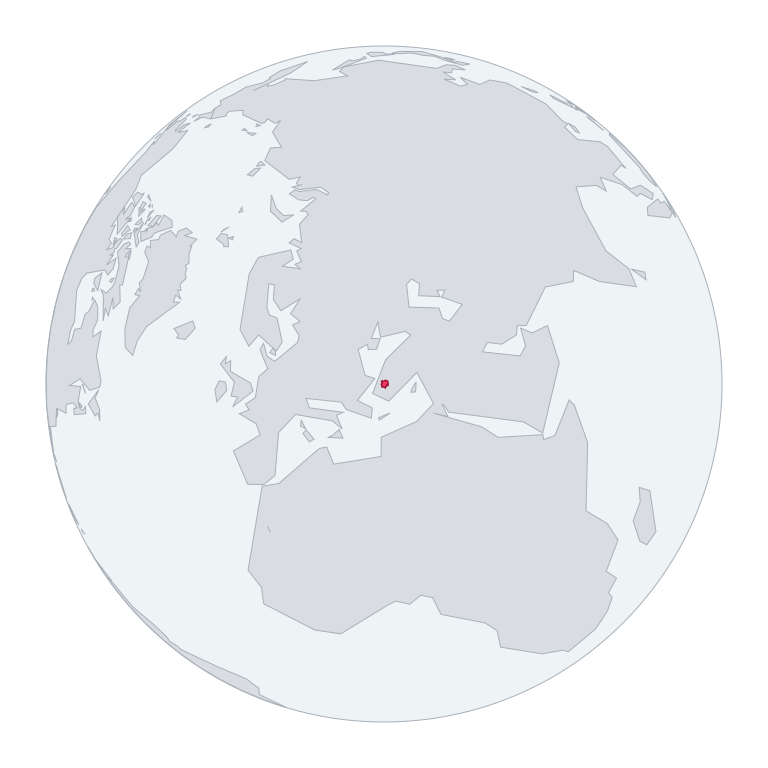 the Earth from above Kütahya, rotated 316°
{"feature_id": "TUR-2276", "entity_name": "Kütahya", "entity_type": "Province", "adm_level": 1, "iso_a3": "TUR", "parent_name": "Turkey", "parent_adm1": "", "projection": "orthographic", "projection_center": [29.429, 39.315], "detail": "fine", "context": "on_globe", "style": "filled", "palette": "rose", "viewbox_px": 768, "rotation_deg": 316, "n_neighbors": 0, "source": "natural_earth", "source_scale": "10m", "svg_char_len": 11694}
<svg xmlns="http://www.w3.org/2000/svg" viewBox="0 0 768 768"><g transform="rotate(316 384 384)"><circle cx="384" cy="384" r="338" fill="#eef3f6" stroke="#a8b0b8"/><path d="M284.6,61.0L285.6,60.7L277.1,63.4L284.6,61.0ZM276.2,63.7L280.8,62.4L293.2,58.8L300.1,57.0L333.3,53.6L374.1,51.6L387.5,49.8L384.1,51.8L409.9,48.7L432.3,50.6L406.6,49.4L403.7,50.3L418.7,51.6L419.0,52.8L426.4,54.5L425.4,56.2L410.5,56.3L409.5,57.7L420.2,58.7L426.0,61.7L410.4,59.9L418.8,65.2L395.3,68.2L354.4,65.3L340.9,71.5L297.6,81.2L301.1,82.9L286.8,88.9L285.6,93.5L277.9,94.8L283.5,97.4L290.8,95.4L295.7,96.1L295.6,98.9L285.8,100.7L284.4,99.6L281.5,101.7L276.6,101.5L279.0,103.2L267.1,105.6L278.6,107.4L269.0,113.0L261.1,113.6L262.4,107.9L247.2,97.8L239.7,98.1L227.8,103.3L204.6,124.2L196.1,127.4L184.2,135.8L188.7,136.1L199.5,129.9L204.8,133.4L217.5,126.2L221.5,126.9L234.3,122.5L231.8,129.5L222.5,139.0L211.8,143.3L207.3,147.9L217.2,149.4L196.7,163.9L182.6,185.2L177.4,188.8L167.9,184.3L168.9,169.1L156.7,166.6L164.0,175.1L150.8,185.1L148.4,190.0L148.8,193.8L153.6,192.9L148.9,198.2L139.9,190.9L144.0,186.0L146.8,188.1L147.2,181.4L141.0,178.0L134.8,184.2L132.1,175.1L127.6,179.6L124.5,180.7L131.8,173.8L118.6,186.5L114.4,182.9L96.3,207.0L114.7,180.6L121.7,171.2L127.3,164.2L144.9,145.2L164.0,127.5L184.3,111.4L205.9,96.9L228.4,84.0L251.9,73.0L276.2,63.7ZM57.7,296.1L58.1,294.8L54.7,308.2L52.1,330.6L51.3,332.1L48.5,369.5L51.4,399.2L52.0,415.4L51.1,419.7L53.4,429.4L53.5,434.1L68.1,472.3L80.0,500.1L82.6,515.7L78.6,520.9L88.8,548.4L88.5,548.0L77.8,526.9L68.6,505.2L60.9,482.8L54.7,460.0L50.2,436.8L47.4,413.3L46.1,389.7L46.6,366.0L48.6,342.5L52.4,319.1L57.7,296.1ZM92.4,213.2L92.0,213.9L75.9,246.1L80.4,235.7L80.4,235.8L85.4,225.8L88.4,220.3L92.4,213.2ZM95.4,210.2L97.8,205.8L96.1,209.2L95.4,210.2ZM303.2,56.1L293.4,58.7L282.2,61.9L290.3,59.4L303.2,56.1ZM324.6,52.3L320.1,53.4L315.2,53.6L319.3,52.9L324.6,52.3ZM397.0,48.7L389.0,48.6L396.7,48.4L397.0,48.7ZM427.6,54.5L429.8,54.3L432.8,55.3L427.6,54.5ZM234.8,119.1L234.5,120.8L232.3,120.7L234.8,119.1ZM240.6,115.8L238.2,114.6L240.6,112.8L242.0,113.6L240.6,115.8ZM433.9,59.1L437.9,61.2L431.2,59.0L433.9,59.1ZM243.0,117.9L245.2,110.0L249.4,107.2L258.5,108.0L243.0,117.9ZM438.5,62.5L448.5,68.5L454.2,68.2L443.6,73.0L438.7,65.9L429.5,63.0L436.5,63.7L438.5,62.5ZM293.1,93.7L285.4,95.9L291.9,91.6L293.1,93.7ZM296.1,90.9L309.1,78.3L320.5,77.0L313.9,81.2L328.7,78.0L327.8,83.4L319.5,86.4L312.3,86.1L317.5,88.5L296.1,90.9ZM436.1,75.2L436.3,76.9L433.3,75.2L436.1,75.2ZM298.1,96.1L299.8,93.4L309.8,92.0L308.3,97.1L305.6,95.9L298.1,96.1ZM333.0,74.8L340.2,75.0L341.4,79.3L344.4,80.1L328.8,83.5L333.0,74.8ZM303.3,97.6L307.4,99.8L302.6,103.2L297.2,98.7L303.3,97.6ZM312.9,89.6L317.6,89.3L314.6,91.0L312.9,89.6ZM287.9,117.1L289.7,113.4L295.0,112.3L287.9,117.1ZM309.2,100.5L310.8,99.4L313.1,98.6L314.8,100.8L309.2,100.5ZM330.8,86.6L329.8,88.5L337.2,85.3L338.5,88.9L327.8,90.7L333.0,91.4L333.4,92.6L324.2,92.9L330.8,86.6ZM323.4,101.0L310.3,105.3L305.9,112.1L301.0,113.2L308.9,102.1L323.4,101.0ZM324.7,96.1L322.8,99.3L317.7,98.8L315.8,96.3L324.7,96.1ZM343.2,90.8L344.0,84.9L346.3,84.7L343.2,90.8ZM323.1,103.0L326.3,102.0L323.4,103.6L323.1,103.0ZM338.2,94.5L338.1,92.3L340.8,92.2L338.2,94.5ZM332.6,102.0L328.4,103.2L327.0,101.5L332.6,102.0ZM336.0,98.6L339.6,99.0L329.1,100.1L335.5,97.6L336.0,98.6ZM340.6,94.8L342.2,94.0L340.3,95.7L340.6,94.8ZM340.4,108.4L327.4,110.2L324.4,106.1L337.4,104.8L340.4,108.4ZM163.3,512.9L144.8,458.6L154.6,445.2L156.9,423.5L225.3,372.9L239.3,382.5L292.5,385.4L299.0,389.6L292.2,406.8L331.6,434.1L345.0,420.4L381.4,433.6L406.0,432.5L415.8,398.5L375.5,399.6L369.2,382.9L401.9,367.7L437.1,367.3L435.8,360.9L414.0,347.9L422.6,335.2L406.5,342.4L412.7,348.8L402.8,353.8L396.5,348.4L399.8,343.9L389.4,341.2L376.4,364.7L381.2,373.7L353.5,377.3L358.9,393.0L351.1,399.9L339.1,376.0L340.7,367.4L317.9,340.2L313.7,349.3L335.0,376.0L328.1,373.5L322.6,387.3L321.4,374.8L299.2,344.5L274.5,345.6L242.1,374.1L227.8,372.8L216.3,361.5L229.1,327.6L259.5,334.5L264.5,323.8L259.2,304.8L268.9,309.0L270.4,302.4L282.0,304.4L299.1,291.7L311.0,292.3L318.6,273.1L325.7,271.1L319.2,282.8L321.0,291.8L350.6,294.1L356.6,290.3L359.2,278.0L367.0,280.7L365.6,268.5L383.1,264.5L360.7,259.6L363.1,246.3L374.0,236.7L370.8,231.8L352.9,247.6L349.5,254.9L352.9,262.3L339.9,283.1L329.5,285.6L327.9,261.6L313.0,263.0L318.3,244.8L363.3,211.3L381.6,205.6L410.1,222.9L405.4,231.2L392.8,228.7L403.7,242.9L403.1,236.0L409.7,238.6L413.6,227.7L418.4,229.1L413.9,216.5L420.2,217.1L423.0,225.1L434.1,210.5L447.5,209.4L447.7,205.5L444.2,201.7L463.5,203.4L462.8,200.6L456.2,198.8L450.5,192.2L448.0,181.4L454.9,182.6L456.7,186.6L470.8,197.4L474.6,208.6L477.1,208.1L475.4,198.7L458.2,185.4L454.8,178.7L463.7,183.8L460.2,181.4L460.7,178.5L467.5,176.9L458.0,171.0L453.5,140.4L466.3,135.3L474.7,142.6L478.8,125.3L492.8,122.6L486.7,120.8L484.5,112.3L480.1,113.0L477.0,111.5L469.4,92.3L472.9,89.4L462.7,80.7L459.5,80.0L456.4,81.5L443.6,73.0L454.2,68.2L460.8,70.0L463.0,66.5L477.7,71.4L490.9,74.5L505.8,83.1L514.9,85.4L514.7,83.9L527.0,86.7L553.0,99.0L532.9,95.5L494.1,82.2L510.0,87.7L506.7,88.7L512.5,92.4L523.8,96.6L524.9,95.6L544.3,117.2L571.8,137.1L569.2,128.2L575.9,128.3L605.0,147.3L641.2,193.6L650.5,197.6L656.6,204.3L660.7,214.6L652.0,204.9L648.8,207.1L643.2,200.6L646.9,215.1L639.0,206.4L645.8,222.8L652.3,226.6L651.9,216.3L661.1,235.2L671.3,238.8L681.5,252.9L695.0,294.9L695.1,318.6L697.0,324.5L692.3,324.9L693.2,342.8L707.6,359.8L709.7,368.4L707.8,397.1L706.5,391.2L694.2,392.3L697.0,415.0L706.6,419.2L710.0,434.2L704.9,437.6L700.8,425.0L696.4,424.9L693.9,406.2L683.2,385.5L677.8,399.5L674.7,388.6L659.1,375.6L649.3,395.1L636.2,442.3L640.2,471.2L633.1,489.3L610.1,459.8L599.4,434.1L591.3,441.7L567.4,426.3L526.8,440.8L520.8,434.4L513.2,440.7L496.4,437.2L487.2,425.9L477.1,429.2L501.4,458.4L512.3,454.9L521.1,438.7L525.9,450.0L542.1,455.6L524.7,490.6L464.1,529.5L458.0,508.1L411.0,449.2L412.4,441.6L412.2,440.7L411.6,439.3L407.4,451.7L399.3,439.3L424.6,482.9L428.9,501.5L463.2,530.9L460.0,534.8L471.1,539.8L506.1,524.1L506.3,531.3L489.9,567.5L441.2,615.6L447.6,639.3L444.1,658.7L413.7,673.1L416.4,685.2L400.7,690.1L399.7,696.2L387.2,702.4L366.2,707.2L330.4,704.6L328.1,700.0L310.1,687.8L285.1,654.3L294.0,640.0L290.8,626.2L265.0,589.4L270.6,571.3L263.7,561.5L249.5,560.3L241.5,548.2L232.9,545.6L179.3,533.7L163.3,512.9ZM201.3,405.5L199.4,411.8L201.3,405.5ZM474.6,384.2L495.6,381.1L485.8,361.4L493.1,358.8L487.1,353.4L485.0,360.0L470.3,344.6L479.3,336.4L476.6,327.4L469.4,328.1L455.4,346.0L476.3,367.6L471.6,377.4L474.6,384.2ZM52.1,331.1L51.3,336.8L51.4,333.1L52.1,331.1ZM65.7,277.9L64.3,284.4L64.7,280.0L65.7,277.9ZM74.0,251.0L66.7,273.2L67.6,266.6L72.6,253.0L70.6,259.0L74.0,251.0ZM91.5,215.6L89.5,219.3L88.5,220.9L91.5,215.6ZM94.2,212.8L94.5,212.0L96.5,208.7L94.2,212.8ZM151.4,185.5L151.9,186.3L151.2,190.8L149.3,190.1L151.4,185.5ZM161.7,204.9L154.0,213.1L158.2,206.3L154.0,206.3L157.5,192.9L175.0,189.9L166.4,193.4L161.7,204.9ZM167.0,175.2L162.8,183.4L166.7,174.6L167.0,175.2ZM267.7,267.2L271.3,272.6L266.4,279.4L251.4,280.7L258.3,270.7L267.7,267.2ZM277.6,278.9L280.2,255.9L289.7,254.8L283.9,259.2L289.9,260.8L282.3,268.3L288.7,290.6L284.9,298.2L259.2,295.3L269.7,291.8L265.6,286.4L277.6,278.9ZM270.2,206.2L271.5,198.2L290.3,205.9L287.0,212.6L271.8,213.9L266.8,206.7L270.2,206.2ZM258.6,121.8L257.9,119.6L260.6,118.9L263.4,120.2L258.6,121.8ZM288.3,115.5L264.7,131.1L262.6,129.3L251.2,141.7L241.4,141.8L249.1,133.5L233.0,143.4L236.1,136.0L225.8,143.5L243.9,125.1L246.0,119.5L247.4,125.6L256.4,125.5L260.9,123.8L275.2,115.2L284.1,103.9L294.4,102.7L299.3,104.9L298.8,107.5L292.2,107.3L296.2,110.8L286.3,112.5L288.3,115.5ZM351.1,142.0L343.8,138.9L350.0,149.8L340.2,150.1L341.5,151.4L334.2,154.9L327.5,161.6L323.2,160.7L322.5,163.8L317.6,166.5L315.2,170.5L306.5,170.6L302.8,175.7L300.8,172.9L296.8,181.7L295.9,175.3L289.5,178.7L293.8,183.2L252.8,177.7L236.3,181.7L223.1,188.9L223.2,177.9L235.7,164.5L253.9,152.6L269.7,150.8L266.9,146.6L273.6,144.7L273.0,148.8L278.0,141.4L283.4,141.1L299.5,132.7L303.4,123.1L309.4,120.2L310.6,123.8L315.7,118.5L322.1,123.5L326.5,121.7L337.2,125.2L336.9,133.9L341.9,131.3L350.2,134.4L351.1,142.0ZM343.2,109.6L345.1,119.0L340.7,124.1L323.9,115.9L319.0,116.9L308.1,112.6L314.8,105.6L317.3,107.4L321.3,107.5L317.6,109.6L323.5,108.1L327.2,110.6L332.7,110.2L331.8,113.3L343.2,109.6ZM306.9,383.8L312.0,385.3L320.2,385.5L316.9,394.5L306.9,383.8ZM291.4,363.3L296.1,362.9L295.4,375.0L290.1,373.8L291.4,363.3ZM299.3,352.7L296.5,361.9L294.8,356.2L299.3,352.7ZM323.6,282.0L328.7,281.1L329.0,284.1L325.9,288.2L323.6,282.0ZM367.6,177.2L364.1,173.9L365.7,172.5L364.3,163.2L371.4,162.6L375.1,168.0L367.6,177.2ZM408.6,404.8L401.2,411.6L397.6,408.6L400.9,406.8L408.6,404.8ZM356.6,404.4L368.2,409.1L355.6,406.8L356.6,404.4ZM375.1,175.0L373.7,171.1L378.2,173.3L375.1,175.0ZM376.6,161.8L381.9,163.4L372.1,161.5L376.6,161.8ZM501.1,645.5L477.0,679.2L461.3,682.2L458.8,674.9L468.1,655.6L486.6,646.6L495.8,635.6L501.1,645.5ZM716.2,445.9L712.5,460.4L709.5,466.8L711.0,460.1L715.9,445.5L717.1,440.6L716.2,445.9ZM710.7,460.8L704.9,463.0L691.0,446.2L696.1,439.8L709.5,441.1L708.8,446.2L712.4,447.2L710.7,460.8ZM720.5,414.6L718.5,427.2L717.1,431.6L716.3,421.0L716.8,411.1L718.2,406.3L719.2,361.0L720.4,360.3L721.2,377.1L721.9,381.5L721.4,401.5L720.5,414.4L720.5,414.6ZM641.7,473.0L649.3,484.8L644.9,491.1L641.7,473.0ZM716.2,335.2L718.1,354.3L715.3,332.2L716.2,335.2ZM712.5,316.9L714.1,322.0L712.6,319.9L712.5,316.9ZM700.1,332.3L698.8,339.0L697.1,335.2L697.8,324.5L700.1,332.3ZM689.3,265.3L695.4,276.7L697.3,281.6L693.7,277.2L689.3,265.3ZM434.3,169.8L428.4,182.9L428.8,193.1L436.6,199.6L423.1,196.6L422.4,180.8L434.3,169.8ZM450.5,143.7L443.6,138.9L448.2,137.8L450.3,138.7L450.5,143.7ZM445.2,143.0L433.9,143.3L431.1,138.6L440.6,139.2L445.2,143.0ZM404.5,158.1L402.3,161.8L398.7,159.8L404.5,158.1ZM718.4,335.1L717.9,332.9L718.9,342.0L715.2,317.7L716.2,322.3L718.4,335.1ZM715.4,320.6L716.6,329.0L714.4,316.1L715.4,320.6ZM716.0,327.2L714.4,321.2L714.4,318.0L716.0,327.2ZM715.2,318.3L712.2,306.1L713.6,310.6L715.2,318.3ZM710.0,308.3L712.8,310.3L712.0,317.0L704.4,296.5L704.1,291.2L710.0,308.3ZM660.4,200.4L656.2,196.2L653.9,190.8L657.4,195.2L660.4,200.4ZM642.3,171.3L651.9,188.0L658.8,202.6L660.1,202.0L668.0,213.4L662.2,209.5L652.1,192.6L648.0,183.3L640.6,174.9L633.5,164.7L624.5,157.1L619.2,151.2L626.1,155.4L642.3,171.3ZM620.8,154.4L602.6,139.9L601.3,134.3L605.0,136.2L613.9,145.0L614.0,147.3L620.8,154.4ZM597.8,135.0L597.7,137.4L570.9,125.9L564.9,122.3L584.6,126.9L585.7,129.6L592.5,133.7L597.8,135.0ZM439.9,77.0L436.6,76.9L438.5,75.8L439.9,77.0ZM474.6,112.1L470.7,110.0L473.0,108.4L474.6,112.1ZM461.2,103.4L461.3,106.7L458.3,102.7L461.2,103.4ZM462.0,114.2L459.9,107.7L466.0,114.7L462.0,114.2Z" fill="#d9dde1" stroke="#a8b0b8" stroke-width="1"/><path d="M385.1,380.5L385.1,381.0L385.1,381.3L385.2,381.6L385.3,381.7L385.5,381.8L386.2,382.2L386.3,382.3L386.7,382.2L387.0,382.1L387.4,382.4L387.9,382.8L388.0,383.2L388.1,383.6L388.5,384.2L388.6,384.6L388.3,385.1L387.8,385.4L387.7,385.6L387.6,385.9L387.5,386.1L387.4,386.5L387.2,386.8L387.1,387.0L386.1,387.6L386.1,387.0L385.9,386.7L385.2,386.5L384.9,386.5L384.7,386.7L384.6,387.0L384.5,387.3L384.2,387.3L383.6,387.4L383.3,387.5L383.0,387.4L382.7,387.2L382.4,387.2L382.2,387.4L382.2,387.1L382.1,386.8L381.9,386.5L382.0,386.2L381.9,386.0L381.6,385.5L381.5,385.4L380.8,385.3L380.7,385.2L380.5,384.9L380.5,384.7L380.5,384.4L381.0,384.2L381.3,383.9L381.5,383.7L381.6,383.1L381.7,382.9L381.8,382.8L381.8,382.7L381.9,382.4L382.1,382.5L382.3,382.6L382.6,382.6L382.9,382.6L383.2,382.4L383.2,382.0L383.3,381.8L383.5,381.6L383.6,381.2L383.8,380.9L383.9,380.6L384.1,380.4L384.6,380.6L384.9,380.6L385.0,380.5L385.1,380.5Z" fill="#f43f5e" stroke="#9f1239" stroke-width="1.5"/></g></svg>